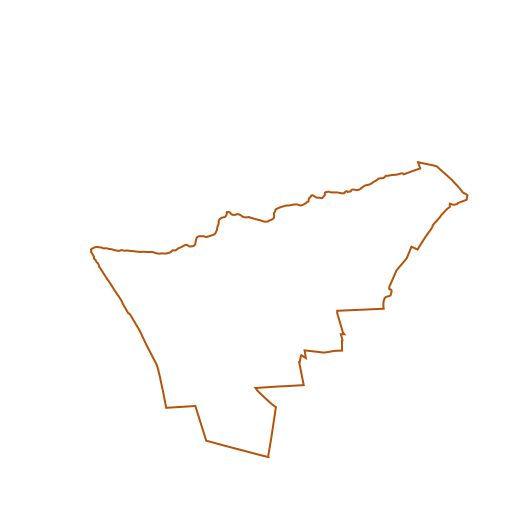 outline of Ghimbav, Brasov, Romania, rotated 36°
{"feature_id": "2599482B88023161659536", "entity_name": "Ghimbav", "entity_type": "district", "adm_level": 2, "iso_a3": "ROU", "parent_name": "Romania", "parent_adm1": "Brasov", "projection": "robinson", "projection_center": [25.508, 45.687], "detail": "fine", "context": "isolated", "style": "outline", "palette": "amber", "viewbox_px": 512, "rotation_deg": 36, "n_neighbors": 0, "source": "geoboundaries", "source_scale": "gbopen_adm2", "svg_char_len": 6093}
<svg xmlns="http://www.w3.org/2000/svg" viewBox="0 0 512 512"><g transform="rotate(36 256 256)"><path d="M324.3,434.7L342.7,427.7L375.1,415.1L382.5,412.1L384.1,411.3L383.8,411.1L383.1,409.9L375.4,394.4L362.1,368.8L361.0,366.6L357.3,366.6L352.4,366.2L341.5,364.9L337.8,364.4L335.7,363.9L333.2,363.1L334.0,362.5L337.6,359.4L350.7,348.5L358.8,342.0L370.5,332.4L353.4,316.6L353.8,316.4L351.0,310.3L350.9,309.6L356.3,309.3L350.8,303.8L363.3,296.7L367.5,294.4L370.2,291.9L374.5,287.4L377.3,285.0L381.2,282.0L380.9,281.5L375.4,274.0L375.6,273.4L370.6,269.4L373.4,267.4L371.9,267.0L371.2,266.7L370.6,266.3L355.2,254.4L353.9,252.6L390.3,223.6L388.6,221.8L387.0,219.6L385.9,217.6L385.3,216.0L384.9,214.6L384.9,214.0L385.1,213.1L385.4,212.5L386.0,211.7L387.1,210.5L388.0,208.8L386.6,205.0L386.1,204.4L385.5,204.1L384.5,203.9L384.2,204.1L383.8,204.4L383.3,204.4L382.9,204.0L382.6,203.7L382.0,202.4L381.8,202.0L381.3,199.3L378.1,184.9L379.3,169.4L376.3,157.1L382.9,155.8L382.0,143.8L381.8,135.8L381.9,132.1L381.6,128.7L381.0,127.6L381.2,123.8L382.0,116.8L381.9,113.5L382.0,112.8L382.3,111.5L382.8,106.3L383.2,104.8L384.0,102.4L382.3,100.1L382.1,99.7L382.5,99.5L384.9,98.9L385.6,98.5L386.1,98.2L388.0,96.0L388.2,95.2L388.2,94.5L392.3,88.3L393.3,86.8L391.4,82.6L389.9,82.5L388.5,82.6L387.6,82.8L386.9,83.0L386.3,83.0L385.0,82.8L384.3,82.5L380.6,81.5L377.0,80.7L376.2,80.6L373.4,80.1L371.4,79.6L369.6,79.3L366.4,79.0L362.9,78.5L361.8,78.5L356.7,78.0L355.0,77.8L352.8,77.6L350.5,77.3L349.3,77.3L346.0,78.6L332.0,84.9L337.4,88.7L334.2,93.1L327.6,103.0L327.2,102.9L326.6,102.9L325.8,103.2L325.4,103.5L324.9,103.9L323.6,105.6L320.9,108.6L319.2,109.8L318.8,110.2L316.7,112.3L315.2,114.0L314.3,114.4L314.0,114.7L313.9,114.9L313.8,115.1L313.8,115.8L313.7,116.7L313.5,117.0L313.4,117.6L313.2,118.1L312.8,118.6L311.8,119.3L310.0,120.8L309.8,121.1L309.6,121.6L309.6,121.9L309.1,123.5L308.8,124.2L308.7,124.8L307.7,126.7L307.2,128.0L306.8,129.3L306.3,130.6L305.8,131.2L305.4,132.1L305.1,132.3L304.1,133.3L303.5,133.9L302.8,135.1L302.4,135.8L301.9,137.0L301.7,138.2L301.6,138.6L301.2,139.3L301.1,140.2L301.0,140.7L299.8,142.5L299.2,143.2L298.7,143.6L298.0,143.8L296.7,144.4L295.3,145.4L295.0,145.6L294.5,146.3L294.4,146.7L294.6,147.6L294.6,148.0L294.1,148.6L293.1,149.7L292.5,150.2L292.4,150.3L291.9,150.1L291.4,150.2L291.1,150.5L290.8,150.9L290.6,151.8L290.5,152.2L290.4,153.1L290.2,153.6L290.1,153.8L289.0,154.6L287.4,155.4L286.4,155.8L283.6,157.3L282.3,158.3L281.0,159.2L279.4,160.4L278.4,160.8L277.1,161.2L276.7,161.4L276.1,162.1L275.9,162.4L274.8,163.5L274.6,164.1L274.6,164.5L275.2,165.3L275.8,166.1L275.9,166.5L275.6,169.8L275.5,170.1L275.0,170.6L274.2,171.1L273.0,171.6L270.8,173.1L270.3,173.2L266.3,173.5L265.9,173.7L265.4,174.2L265.2,174.5L265.4,176.0L265.3,176.5L265.1,177.3L265.0,178.3L265.2,178.9L265.8,180.0L266.1,180.5L266.2,180.9L266.3,181.3L266.0,181.8L265.6,182.3L265.4,183.1L265.4,183.6L265.3,184.0L264.6,185.3L263.9,187.1L263.0,188.4L262.5,188.8L261.8,189.2L259.6,189.9L258.4,190.4L258.1,190.6L257.8,191.0L257.4,191.4L256.1,192.3L254.7,194.0L253.1,195.6L251.3,197.0L249.9,198.4L246.4,203.2L245.0,205.7L244.6,206.7L244.6,207.2L244.8,207.6L245.1,208.2L245.2,208.7L245.3,209.5L245.3,210.5L245.4,210.8L245.6,211.2L246.3,212.1L246.9,212.6L247.6,213.7L247.9,214.2L248.0,214.6L248.0,215.0L247.9,215.9L247.7,216.5L246.9,218.2L245.7,219.8L245.6,220.1L245.6,220.6L245.2,221.2L244.8,221.7L243.8,222.4L243.0,223.0L242.0,223.5L241.0,223.9L238.4,224.6L233.7,226.6L231.2,227.4L229.1,228.3L228.5,228.5L227.7,228.4L227.3,228.7L225.1,230.8L224.6,231.0L224.1,231.4L222.1,232.1L221.3,232.1L220.4,232.0L219.4,232.0L219.0,232.1L217.1,232.6L216.5,232.9L216.2,233.2L214.5,235.4L213.7,235.9L213.1,236.3L212.1,236.6L211.1,236.6L210.8,236.6L210.3,236.3L209.7,236.1L209.0,236.1L208.0,236.6L206.7,237.4L206.6,237.6L206.7,237.8L207.5,238.9L207.9,240.2L208.1,240.6L208.1,241.1L208.0,242.1L207.8,242.8L207.6,243.2L207.3,243.5L206.3,244.5L205.6,245.6L205.3,246.4L205.0,247.3L205.0,248.9L205.3,249.8L205.5,250.1L206.3,251.1L206.8,251.8L206.8,252.3L207.1,253.1L207.7,255.2L208.9,257.5L209.1,258.1L209.7,260.8L209.7,261.4L209.7,262.1L209.5,263.0L208.8,264.2L207.0,266.9L205.5,268.7L204.8,269.8L204.5,270.0L203.9,270.3L202.2,270.7L201.8,270.9L201.2,271.3L198.2,273.6L198.0,273.9L197.4,275.3L197.3,275.7L197.6,276.9L198.4,279.4L199.1,280.4L199.3,280.8L199.7,281.7L199.9,282.5L199.9,283.0L199.8,283.5L199.7,284.3L199.1,285.3L198.7,285.6L198.2,285.9L198.0,286.1L197.6,286.7L196.9,287.2L195.8,287.5L194.1,287.6L193.2,287.8L192.9,288.0L192.3,288.8L191.8,289.5L190.3,292.7L189.6,294.0L188.8,295.2L188.4,296.4L187.9,297.9L187.8,298.4L187.7,298.6L186.8,299.5L186.1,299.7L185.7,300.0L185.3,300.3L185.1,300.7L185.0,301.1L184.7,302.8L184.3,303.6L184.0,304.2L181.9,306.8L181.3,307.2L177.8,309.6L176.6,310.8L175.4,311.6L173.0,312.6L172.1,312.8L171.8,312.9L171.2,313.3L170.0,313.5L169.6,313.7L166.5,316.2L162.6,318.6L160.7,320.2L159.2,321.2L156.9,322.6L156.3,323.0L154.9,323.5L153.8,324.3L150.8,326.1L149.0,327.0L148.0,327.8L147.5,328.2L146.3,329.1L143.9,330.2L143.4,330.6L142.9,331.4L142.0,332.5L141.5,332.8L139.3,333.9L137.8,334.5L135.6,335.3L134.8,335.6L132.8,336.8L131.8,337.1L130.7,337.5L130.3,337.8L129.6,338.4L128.9,338.9L128.6,339.2L128.1,339.5L127.8,339.6L126.6,339.8L125.8,340.1L122.1,342.2L121.2,342.8L120.2,344.2L118.7,347.2L118.7,347.6L118.8,347.8L119.9,348.8L120.0,349.0L120.1,349.7L123.2,350.8L124.3,351.4L125.5,351.9L125.7,352.2L125.7,352.4L125.8,352.7L126.1,353.1L127.0,353.3L127.5,353.5L128.3,353.5L128.8,353.7L129.9,354.3L130.6,354.6L131.3,354.8L132.0,354.8L132.7,354.9L134.2,355.8L134.8,356.3L135.2,356.8L135.7,357.0L138.0,357.7L139.4,358.3L139.8,358.4L141.9,359.3L147.6,361.5L148.7,362.0L152.0,363.0L157.6,365.2L162.4,367.2L164.5,367.9L167.6,369.1L168.1,369.1L168.5,369.2L169.7,369.8L171.7,370.5L174.1,371.6L174.6,371.8L176.0,372.8L178.0,373.7L186.1,377.3L186.7,377.3L187.3,377.2L188.0,377.2L188.7,377.4L193.0,379.2L206.9,385.3L211.1,387.7L220.7,392.9L228.5,396.8L239.0,402.0L240.8,403.2L243.7,405.5L248.9,409.9L253.4,414.0L261.7,421.4L272.6,431.6L295.1,413.0L324.3,434.7Z" fill="none" stroke="#b45309" stroke-width="2"/></g></svg>